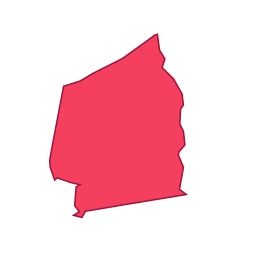 Scott, Kentucky, United States of America, rotated 14°
{"feature_id": "52423323B62206076299772", "entity_name": "Scott", "entity_type": "district", "adm_level": 2, "iso_a3": "USA", "parent_name": "United States of America", "parent_adm1": "Kentucky", "projection": "robinson", "projection_center": [-84.575, 38.305], "detail": "fine", "context": "isolated", "style": "filled", "palette": "rose", "viewbox_px": 256, "rotation_deg": 14, "n_neighbors": 0, "source": "geoboundaries", "source_scale": "gbopen_adm2", "svg_char_len": 587}
<svg xmlns="http://www.w3.org/2000/svg" viewBox="0 0 256 256"><g transform="rotate(14 128 128)"><path d="M124.0,40.4L105.6,62.1L80.7,83.5L70.3,93.9L55.4,103.1L59.0,166.2L59.8,178.1L62.0,184.9L69.5,196.3L71.4,193.5L85.6,194.8L95.1,194.7L91.9,197.6L95.0,216.2L101.0,221.0L96.3,225.9L104.9,226.0L106.8,219.1L141.8,203.8L200.6,178.4L192.8,175.1L191.3,152.7L183.5,142.2L183.1,139.2L187.3,130.6L182.6,117.8L177.2,111.3L174.5,96.8L176.2,92.3L172.3,82.0L160.4,69.4L146.5,61.1L147.1,52.0L139.7,44.7L133.9,30.0L131.6,31.3L124.0,40.4Z" fill="#f43f5e" stroke="#9f1239" stroke-width="1.5"/></g></svg>